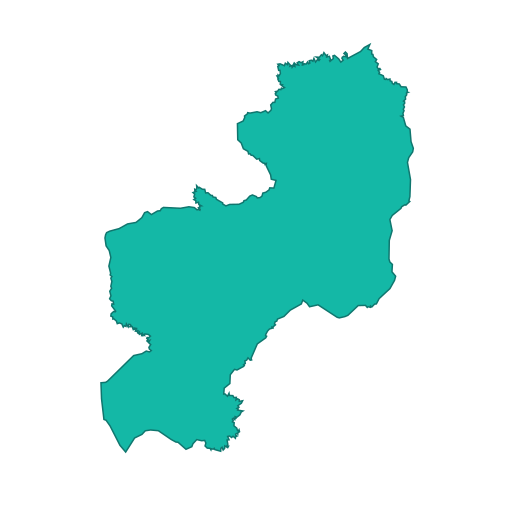 the district of Charoen Sin, Sakon Nakhon, Thailand, rotated 76°
{"feature_id": "78962969B64295862325828", "entity_name": "Charoen Sin", "entity_type": "district", "adm_level": 2, "iso_a3": "THA", "parent_name": "Thailand", "parent_adm1": "Sakon Nakhon", "projection": "albers", "projection_center": [103.51, 17.637], "detail": "fine", "context": "isolated", "style": "filled", "palette": "teal", "viewbox_px": 512, "rotation_deg": 76, "n_neighbors": 0, "source": "geoboundaries", "source_scale": "gbopen_adm2", "svg_char_len": 6013}
<svg xmlns="http://www.w3.org/2000/svg" viewBox="0 0 512 512"><g transform="rotate(76 256 256)"><path d="M77.3,189.0L81.4,189.1L81.7,187.8L84.9,188.2L86.7,190.0L85.7,190.8L86.7,191.0L86.4,192.1L89.2,191.3L89.5,192.0L92.1,191.6L92.6,190.1L95.3,190.9L96.2,189.1L96.6,190.0L99.5,187.6L100.0,189.8L99.3,190.7L100.6,191.6L99.8,193.4L101.3,195.2L101.2,197.3L102.5,196.7L102.9,197.9L104.5,198.0L106.1,196.2L108.2,196.2L108.4,199.0L111.5,200.6L111.0,202.3L113.0,205.2L116.7,205.3L118.3,206.3L120.1,209.7L117.3,211.6L118.1,216.7L116.3,220.1L115.9,227.2L114.9,229.4L115.9,229.8L117.4,233.3L118.8,233.4L121.9,235.8L123.1,242.0L138.8,245.6L142.8,243.0L148.9,242.3L152.5,238.5L155.2,238.5L155.4,237.0L157.0,236.4L157.7,234.7L162.2,231.9L162.3,229.1L164.3,229.3L167.6,226.6L168.2,225.0L169.3,225.1L168.8,223.6L170.6,224.3L180.8,222.2L185.2,222.6L187.5,218.3L194.4,222.2L193.2,226.2L195.0,227.3L196.5,230.9L196.6,234.2L199.2,235.6L200.3,237.7L200.0,240.7L198.5,241.2L195.9,244.7L196.4,247.6L199.3,251.8L199.4,254.3L200.8,255.3L201.7,260.0L199.6,269.0L200.1,273.1L197.5,275.7L196.4,275.5L191.4,280.7L189.5,280.8L188.4,283.4L186.7,283.7L186.3,285.1L183.0,287.3L182.6,289.6L178.9,289.6L178.3,291.8L175.7,294.4L176.1,295.1L173.4,296.6L175.9,297.0L177.3,298.3L176.4,299.3L178.0,299.6L178.8,298.7L179.2,301.8L181.1,300.5L183.6,302.0L185.3,300.6L186.2,302.7L187.7,301.0L190.0,301.5L189.9,298.8L192.1,299.0L194.1,296.9L193.9,298.6L195.0,298.6L195.2,300.1L197.2,298.9L198.0,299.4L196.7,300.8L197.0,302.0L194.1,304.1L192.0,309.2L191.4,317.8L186.5,334.0L187.2,336.4L188.9,337.9L188.5,340.7L190.5,347.5L186.7,350.5L187.0,353.6L191.2,357.5L194.4,364.3L193.8,372.9L196.3,382.2L196.5,392.0L197.2,395.3L199.0,396.8L202.0,398.2L209.9,399.0L215.2,397.1L222.3,397.2L230.2,401.2L237.6,401.2L239.1,402.1L241.1,400.8L242.4,402.2L245.8,402.0L250.3,404.2L252.4,403.9L254.8,406.4L259.6,406.4L262.1,408.4L264.4,407.2L265.3,405.5L268.3,405.8L267.6,407.3L269.4,408.1L275.6,405.5L276.1,406.2L275.4,407.5L277.0,410.5L279.2,411.4L280.4,409.8L282.6,410.1L282.5,409.2L285.3,407.2L288.1,407.0L287.9,404.7L289.4,402.6L292.9,402.0L291.8,400.5L292.9,399.2L290.6,398.2L293.8,397.2L291.5,395.9L292.1,394.5L293.2,394.1L294.1,395.5L294.6,393.2L297.8,392.9L297.7,391.5L296.5,391.4L297.4,389.4L299.7,391.2L300.3,389.7L299.3,388.2L301.8,389.5L302.7,388.8L301.7,387.5L303.8,387.9L303.4,385.2L305.6,386.2L306.0,385.1L304.7,384.8L306.1,383.3L304.8,383.1L305.0,382.0L306.1,379.4L308.2,377.8L309.2,379.6L308.8,381.4L309.5,381.9L310.6,380.8L312.0,382.4L312.8,381.9L312.3,379.6L314.0,381.2L316.5,379.6L318.7,382.0L320.4,382.0L322.4,380.5L323.3,382.5L321.7,385.5L323.2,390.3L323.0,398.8L341.5,430.3L342.2,432.4L341.5,437.1L357.1,440.4L377.8,443.1L379.1,441.2L385.6,438.7L406.8,433.8L414.7,429.9L403.2,417.8L401.5,409.8L398.8,405.7L399.3,400.4L401.9,393.0L413.5,382.7L417.1,378.8L417.9,376.7L426.6,370.7L425.5,364.4L422.9,362.6L419.8,357.9L422.1,353.4L422.5,350.4L425.4,349.9L428.0,351.4L430.6,349.8L431.5,347.1L433.2,346.6L432.2,346.0L433.1,344.3L432.5,343.1L433.9,342.8L436.9,337.5L434.1,336.6L433.4,335.2L436.3,334.8L435.1,333.0L432.7,332.2L435.1,329.8L433.8,328.6L433.1,330.1L432.0,328.9L427.6,328.6L427.8,326.6L424.2,327.2L424.3,325.1L426.2,323.6L425.3,321.9L427.8,320.1L426.5,319.7L426.1,317.9L425.2,319.1L423.9,318.9L423.5,317.7L424.4,316.8L423.3,316.5L422.5,314.5L420.5,314.5L421.5,315.5L421.0,316.2L418.4,316.3L415.4,318.5L412.4,317.5L411.2,319.0L410.1,317.9L408.5,318.4L407.9,317.2L409.5,316.2L407.7,315.5L409.3,314.7L407.0,314.8L407.8,313.6L406.3,310.1L403.8,308.1L403.2,306.2L401.1,311.1L400.2,310.4L399.3,311.4L398.6,309.1L396.9,309.9L395.3,305.8L393.2,304.0L393.0,307.4L391.4,307.0L390.1,308.4L390.8,310.3L388.4,309.3L388.0,311.7L385.9,312.2L384.8,315.6L382.7,315.4L385.2,317.6L382.3,319.5L382.1,320.7L376.5,318.8L373.4,312.2L365.0,309.7L360.8,304.3L362.0,302.0L360.1,294.7L359.4,293.8L358.5,294.3L357.7,292.4L355.1,292.2L354.8,290.3L352.9,288.4L355.7,286.8L355.8,285.4L353.9,285.4L341.6,276.0L337.8,266.4L336.4,265.1L335.6,266.0L334.2,265.3L331.5,262.8L330.1,260.6L330.0,258.0L329.0,257.8L329.9,256.9L328.8,256.5L327.5,253.8L326.4,254.5L324.4,253.3L324.2,251.6L322.4,250.4L321.4,243.5L316.8,235.8L313.5,223.6L310.1,221.3L314.2,217.9L318.2,216.3L318.4,207.6L335.1,192.1L336.2,190.1L336.3,184.4L335.8,181.2L328.8,168.8L330.4,161.7L332.8,160.5L332.3,159.5L333.4,157.5L332.2,157.0L333.5,156.0L331.4,152.6L331.6,150.8L327.1,146.8L320.0,133.9L313.2,127.5L309.4,125.4L304.2,127.9L297.2,125.7L294.1,127.6L291.1,127.7L273.1,122.9L264.4,117.8L253.0,117.3L249.6,114.0L244.9,103.9L243.4,102.7L242.3,99.1L242.9,98.3L240.3,93.6L239.4,94.3L235.6,92.3L219.2,87.6L201.8,86.4L197.5,84.0L192.9,78.8L189.6,77.3L182.5,77.9L170.2,75.9L166.0,79.2L157.2,79.5L155.4,81.4L155.4,79.0L153.1,78.9L150.8,77.2L149.2,77.6L147.3,75.9L145.0,76.4L143.8,74.8L142.4,74.5L141.4,75.4L140.0,72.9L137.5,72.6L136.1,70.8L134.3,70.6L134.0,68.9L133.6,69.7L131.4,69.0L128.3,69.6L126.9,74.3L123.8,75.3L122.7,78.0L121.5,77.6L121.1,79.1L122.9,80.7L121.4,82.0L119.5,82.0L118.5,83.5L116.7,83.2L116.7,85.6L115.3,86.8L116.1,87.4L115.6,88.6L111.9,88.9L108.9,92.7L107.8,91.7L105.5,92.5L105.2,90.1L104.0,90.5L104.0,92.1L101.9,92.8L99.1,90.9L96.3,93.2L94.5,91.4L91.1,93.9L88.7,93.8L88.0,94.9L84.7,94.0L82.3,97.4L78.3,94.4L79.9,100.5L82.9,105.1L86.5,119.4L81.7,118.7L79.7,119.9L80.8,121.7L82.6,120.3L84.5,120.3L83.4,122.6L84.1,124.3L85.0,124.8L87.1,124.0L88.4,126.8L84.7,128.1L80.3,131.3L80.5,133.0L83.1,133.2L85.1,137.1L84.2,137.3L83.8,136.1L80.0,136.5L80.0,139.2L78.2,138.2L78.5,139.5L75.1,140.9L77.8,143.0L76.6,143.9L78.5,146.4L77.6,149.3L80.8,146.6L81.6,147.6L80.3,148.8L82.2,151.3L78.3,152.0L80.8,153.7L79.4,154.9L79.4,157.1L81.9,157.1L82.2,158.5L80.2,159.0L81.9,161.0L81.1,162.8L81.9,163.3L81.9,164.8L78.9,163.5L79.3,165.5L77.8,167.2L78.6,169.4L81.1,168.5L79.9,171.0L77.9,172.2L79.4,173.5L79.7,172.4L81.6,172.4L80.6,173.9L81.7,175.3L79.9,175.2L80.1,177.2L79.1,176.5L75.9,178.2L78.0,179.1L76.0,180.9L78.2,182.4L75.4,186.1L75.2,188.4L76.9,187.6L77.3,189.0Z" fill="#14b8a6" stroke="#0f766e" stroke-width="1.5"/></g></svg>